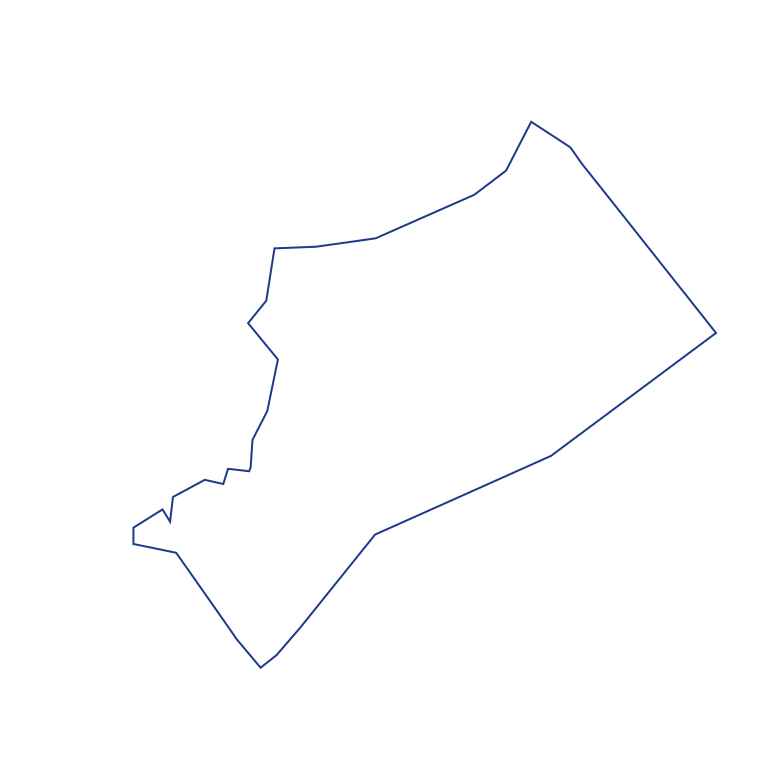 the district of Iredell, North Carolina, United States of America, rotated 50°
{"feature_id": "52423323B78922386378350", "entity_name": "Iredell", "entity_type": "district", "adm_level": 2, "iso_a3": "USA", "parent_name": "United States of America", "parent_adm1": "North Carolina", "projection": "albers", "projection_center": [-80.877, 35.774], "detail": "fine", "context": "isolated", "style": "outline", "palette": "blue", "viewbox_px": 768, "rotation_deg": 50, "n_neighbors": 0, "source": "geoboundaries", "source_scale": "gbopen_adm2", "svg_char_len": 821}
<svg xmlns="http://www.w3.org/2000/svg" viewBox="0 0 768 768"><g transform="rotate(50 384 384)"><path d="M334.9,618.3L352.0,636.4L337.7,634.3L333.0,668.3L345.5,678.8L379.7,651.7L417.2,654.9L419.5,655.1L471.1,659.6L482.1,660.6L482.7,660.9L522.0,660.9L522.6,640.6L516.9,605.3L493.6,487.6L537.3,334.3L544.7,308.2L546.5,301.9L546.6,299.3L546.8,295.5L549.7,245.4L558.3,96.9L536.1,96.2L525.2,95.9L511.6,95.5L509.9,95.4L509.1,95.5L508.7,95.3L508.1,95.3L507.6,95.4L400.9,92.4L375.7,91.7L344.6,90.9L341.0,90.7L333.8,90.1L325.8,89.4L322.2,89.2L277.8,102.7L287.7,126.5L290.9,134.0L299.0,153.3L297.1,193.1L267.0,296.8L235.1,347.9L209.7,380.7L244.5,420.6L250.0,449.0L297.0,449.5L329.7,490.8L342.3,520.7L362.2,539.8L364.1,543.4L348.7,558.0L357.3,571.4L342.2,582.9L334.9,618.3Z" fill="none" stroke="#1e3a8a" stroke-width="2"/></g></svg>